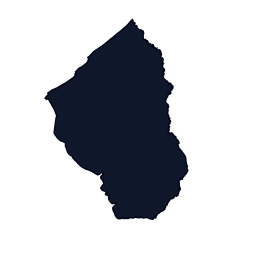 Ban Chang, Rayong, Thailand, rotated 150°
{"feature_id": "78962969B38445835691017", "entity_name": "Ban Chang", "entity_type": "district", "adm_level": 2, "iso_a3": "THA", "parent_name": "Thailand", "parent_adm1": "Rayong", "projection": "orthographic", "projection_center": [101.027, 12.738], "detail": "fine", "context": "isolated", "style": "filled", "palette": "ink", "viewbox_px": 256, "rotation_deg": 150, "n_neighbors": 0, "source": "geoboundaries", "source_scale": "gbopen_adm2", "svg_char_len": 5664}
<svg xmlns="http://www.w3.org/2000/svg" viewBox="0 0 256 256"><g transform="rotate(150 128 128)"><path d="M181.2,53.9L180.4,53.8L179.8,53.2L178.3,52.9L177.7,52.3L176.2,51.7L176.1,51.2L174.8,50.8L173.1,49.5L172.2,49.6L171.7,49.3L170.7,49.2L170.3,49.0L169.1,47.8L168.4,47.5L167.2,47.4L166.9,47.2L165.9,46.9L164.7,45.7L163.9,45.7L163.4,44.6L161.7,44.8L161.2,43.5L160.1,43.1L159.5,42.3L158.1,41.9L156.1,40.8L155.6,40.3L155.4,39.7L155.0,39.5L154.8,38.9L153.6,37.7L152.8,37.2L152.4,36.7L151.8,36.6L151.6,37.0L151.3,36.9L150.5,37.1L148.9,36.4L147.7,37.5L147.6,38.1L146.4,38.1L145.1,39.0L143.4,38.8L141.6,39.3L141.2,39.6L140.8,39.2L139.3,38.9L139.0,39.2L137.7,39.1L136.7,39.4L136.4,39.8L134.8,41.0L134.7,41.6L134.3,42.0L133.4,42.2L133.3,41.9L132.6,41.8L132.1,42.5L131.4,43.2L130.3,43.5L130.2,43.8L128.7,44.5L128.0,44.6L127.6,45.2L127.0,45.4L126.0,45.1L125.5,45.1L125.2,44.8L123.6,44.7L122.7,45.0L122.2,45.6L121.5,45.9L121.1,45.8L120.2,44.7L118.2,44.9L117.8,45.8L117.0,46.2L116.7,46.8L115.7,47.4L115.4,48.0L113.3,48.8L112.9,49.9L113.0,50.4L112.5,51.9L112.5,52.6L111.3,54.3L110.7,56.5L107.6,57.5L107.2,57.4L106.9,56.6L106.6,56.5L106.1,57.3L104.7,57.9L104.3,58.3L103.0,58.4L102.6,59.0L101.9,59.0L101.2,59.4L100.5,59.4L100.0,59.6L99.7,59.9L99.5,60.4L98.3,60.7L98.4,61.3L97.8,61.2L97.3,61.7L97.1,62.4L97.4,62.8L97.2,63.1L97.2,63.9L95.7,65.1L95.6,67.2L93.8,71.7L93.0,73.1L92.7,74.3L92.7,76.2L93.2,81.0L94.1,86.8L93.5,86.9L93.3,88.8L91.3,89.5L90.9,91.6L91.2,92.4L91.2,93.1L91.8,94.1L91.5,95.0L91.5,95.8L91.3,96.1L91.4,96.7L91.1,96.9L91.9,97.7L92.2,98.4L92.0,99.2L92.3,99.7L92.2,100.6L92.5,101.3L92.5,101.8L93.6,101.7L94.0,101.8L94.1,102.1L93.9,102.4L94.9,103.4L94.9,104.3L95.1,104.3L95.2,104.8L95.1,105.1L94.8,105.3L94.0,105.1L93.5,105.5L93.0,106.7L92.2,107.7L91.9,108.4L91.4,108.5L91.7,109.2L91.5,109.9L91.6,110.3L91.4,111.0L90.7,111.1L90.6,110.9L90.1,110.7L89.6,110.8L88.4,112.3L87.7,112.7L88.0,113.4L87.9,114.5L88.1,114.9L87.2,115.2L87.0,115.4L87.6,116.4L87.1,117.3L86.6,119.3L86.7,120.2L85.6,122.2L85.0,122.8L84.5,123.0L84.5,123.3L84.8,123.5L84.2,124.3L83.8,125.1L83.4,125.2L82.3,125.9L81.7,128.4L82.3,129.3L82.2,130.0L82.5,130.4L82.3,131.6L82.5,132.1L81.0,133.7L80.0,134.4L80.1,135.0L79.8,135.4L79.9,135.6L79.3,135.7L78.4,135.1L77.4,136.3L76.2,136.7L74.7,136.5L73.4,136.9L73.8,137.5L73.5,138.0L71.8,139.3L71.2,139.1L70.9,140.0L69.7,139.7L69.4,140.3L68.6,141.0L68.2,142.0L68.5,142.5L68.5,142.9L68.9,143.2L69.0,143.6L68.8,145.2L69.4,145.7L69.8,145.6L70.0,146.3L70.5,146.1L70.4,147.0L70.8,148.2L70.7,149.0L71.5,149.2L71.4,150.3L72.2,152.5L72.1,154.2L72.6,154.3L72.7,154.6L72.5,154.9L72.0,154.9L71.8,155.3L70.7,155.8L70.6,156.2L70.9,156.6L70.7,157.1L70.1,156.7L69.6,156.9L69.6,158.2L69.3,159.5L68.3,159.2L68.3,159.7L67.6,159.8L67.6,160.4L67.1,160.7L67.2,161.1L67.9,162.0L68.1,162.6L67.9,162.9L67.4,163.1L67.2,163.7L67.4,164.9L66.7,165.4L66.2,165.3L66.0,165.5L65.9,165.9L65.1,166.2L65.3,166.4L65.3,166.7L65.8,167.2L65.6,167.6L64.4,168.4L64.5,169.3L64.9,169.5L64.8,169.8L64.2,170.1L64.1,169.9L63.3,169.6L63.1,170.2L63.3,171.7L63.5,171.8L64.5,171.2L65.1,172.4L63.7,173.8L63.3,173.9L63.0,174.5L62.6,174.7L62.5,175.1L62.0,175.5L61.9,176.2L62.3,176.3L62.3,177.5L61.9,177.4L61.5,177.8L61.5,179.7L62.2,180.1L62.4,180.3L62.7,180.3L63.3,181.1L63.5,181.2L63.6,181.7L63.2,182.4L64.5,182.3L64.6,182.8L64.1,183.2L64.1,183.4L64.3,183.8L64.9,184.2L65.2,185.7L65.4,185.5L65.4,185.0L65.5,184.9L65.9,185.4L65.5,186.4L66.0,186.6L65.2,187.2L64.8,186.8L64.8,187.7L65.3,188.1L65.7,187.6L66.5,187.9L66.9,187.8L67.1,188.3L66.8,188.8L66.6,189.7L67.4,190.1L67.7,190.4L67.8,191.6L67.7,192.1L68.2,192.8L67.7,193.1L67.7,193.8L68.1,193.9L68.0,194.3L68.5,194.8L68.6,195.7L69.1,196.4L69.8,196.3L70.3,197.0L70.2,197.9L69.7,198.4L69.6,198.8L69.6,199.6L69.3,199.6L69.0,199.8L68.8,200.4L68.0,201.4L67.9,202.1L67.6,202.3L67.0,202.3L67.1,203.7L66.5,204.1L66.5,204.3L66.7,204.8L67.0,204.9L67.3,204.9L67.6,204.4L67.8,204.5L67.6,205.3L67.7,206.6L69.1,206.8L69.8,209.5L70.2,209.7L70.6,210.2L70.4,210.7L69.8,210.9L69.3,211.8L69.6,212.5L70.6,213.2L70.9,213.8L70.8,214.3L69.5,215.3L69.7,216.0L70.7,216.3L71.0,216.9L70.9,217.3L70.2,217.9L69.9,219.6L71.5,219.4L76.7,217.5L78.8,217.0L87.2,215.4L90.4,215.1L95.8,214.0L98.7,213.7L103.8,212.7L107.9,212.1L119.9,211.2L120.4,210.9L123.7,210.0L125.8,209.3L127.4,209.2L127.6,207.7L128.2,206.9L129.1,206.1L131.6,204.8L137.4,204.0L140.6,204.3L143.9,203.2L145.2,203.0L145.3,202.1L146.8,201.3L146.8,200.4L147.8,199.8L149.9,199.0L159.0,198.2L167.4,198.3L168.4,198.1L175.2,198.8L177.8,198.4L178.9,198.5L180.0,198.3L180.0,197.3L180.7,196.7L183.5,195.9L184.8,195.2L184.4,194.7L184.4,193.6L184.1,193.5L183.7,193.6L183.2,193.4L182.4,192.8L182.5,180.4L183.2,177.1L183.3,175.9L183.1,175.0L184.6,173.2L185.3,172.6L194.4,160.8L194.5,159.1L194.0,154.0L193.8,153.4L193.4,152.9L193.1,151.3L192.4,150.2L191.7,149.6L190.7,148.2L189.7,146.3L189.8,145.6L190.7,144.5L191.4,143.1L191.1,142.0L191.8,141.1L191.8,140.0L192.3,137.3L192.2,135.0L191.3,132.8L190.4,131.4L190.4,130.6L190.7,128.8L190.2,128.0L190.1,126.2L189.4,125.5L189.3,123.5L187.7,118.0L185.3,113.8L183.2,111.6L180.2,107.4L178.9,104.6L177.8,102.8L177.2,102.5L175.5,102.3L173.0,102.9L172.7,102.5L172.9,101.2L172.0,100.5L172.1,100.0L172.3,99.8L174.5,99.9L175.6,99.6L176.0,99.3L176.6,97.9L176.2,95.2L176.3,93.2L176.5,92.1L177.1,91.6L178.6,91.1L181.0,90.0L181.5,89.7L181.7,89.2L181.7,88.3L181.1,86.6L179.2,84.4L178.8,83.5L178.2,82.9L178.4,82.7L180.0,82.6L180.6,81.7L180.3,80.9L178.5,79.2L179.7,77.4L180.2,76.1L180.3,74.2L180.0,71.7L179.1,70.1L176.1,69.0L175.6,68.3L176.1,67.9L180.3,67.0L181.2,66.2L181.8,64.8L182.3,62.5L181.9,61.0L182.5,59.9L182.6,59.3L182.6,56.4L182.4,55.5L181.2,53.9Z" fill="#0f172a" stroke="#020617" stroke-width="1.5"/></g></svg>